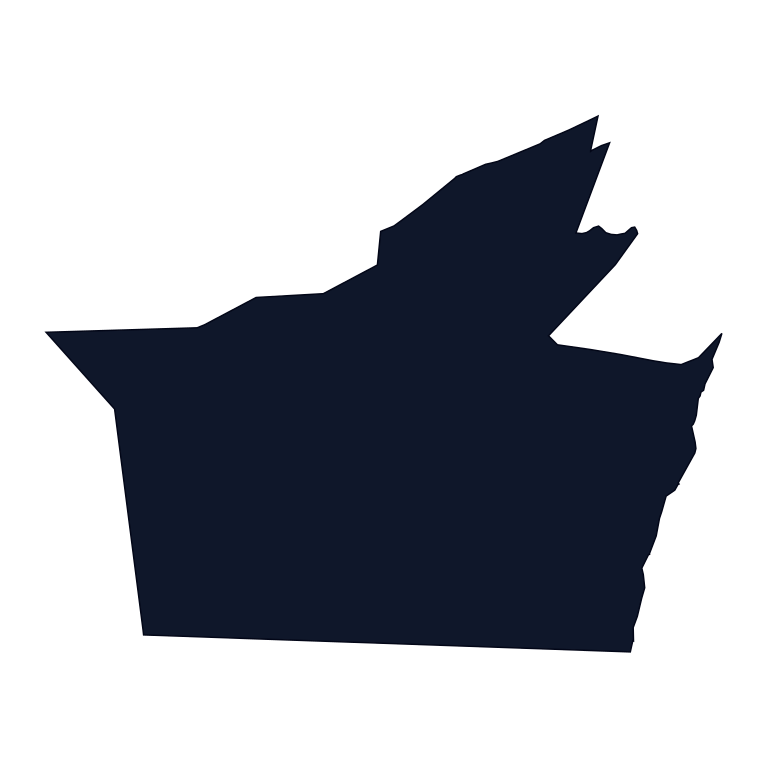 Mártires de Tacubaya, Oaxaca, Mexico (Mercator projection)
{"feature_id": "50627088B73077765096958", "entity_name": "Mártires de Tacubaya", "entity_type": "district", "adm_level": 2, "iso_a3": "MEX", "parent_name": "Mexico", "parent_adm1": "Oaxaca", "projection": "mercator", "projection_center": [-98.212, 16.55], "detail": "fine", "context": "isolated", "style": "filled", "palette": "ink", "viewbox_px": 768, "rotation_deg": 0, "n_neighbors": 0, "source": "geoboundaries", "source_scale": "gbopen_adm2", "svg_char_len": 1390}
<svg xmlns="http://www.w3.org/2000/svg" viewBox="0 0 768 768"><path d="M46.1,332.3L114.6,409.0L143.1,630.4L143.6,634.9L630.3,651.9L632.8,640.7L633.5,641.0L633.2,627.5L637.3,616.4L641.7,598.1L644.7,587.8L643.3,574.6L641.8,568.1L648.4,554.8L649.6,554.3L649.5,553.5L656.2,535.9L659.5,518.3L661.7,511.7L666.1,496.1L674.8,490.1L678.0,484.4L679.0,484.0L678.2,482.9L694.8,453.0L695.9,448.5L695.1,442.0L691.5,425.9L693.2,424.2L694.7,420.8L696.3,415.2L698.3,398.4L700.1,395.9L700.9,392.2L702.2,391.2L703.3,390.5L703.6,390.2L703.9,388.9L705.0,383.9L713.2,367.6L712.0,359.3L719.1,342.4L721.9,333.4L698.5,357.7L694.3,359.4L689.5,361.3L689.4,361.3L681.2,364.6L674.3,363.8L666.2,362.9L661.5,362.1L660.9,362.0L653.3,360.8L620.5,354.5L590.3,349.5L557.4,344.8L548.5,335.8L615.3,264.7L637.6,233.7L636.7,230.5L634.7,227.1L631.5,227.7L628.6,230.2L625.1,233.3L620.6,234.1L617.1,234.9L611.1,234.4L605.8,232.7L601.8,228.6L598.6,226.1L593.5,227.7L589.6,230.8L586.5,232.6L582.0,233.6L575.9,233.0L609.6,142.8L601.5,145.6L592.2,150.2L590.6,151.4L590.6,150.6L598.0,116.1L591.6,119.2L568.7,130.1L544.5,140.4L540.2,143.8L497.8,161.4L491.5,163.0L485.6,164.3L463.3,173.9L462.2,174.6L460.6,175.0L456.3,176.7L454.8,178.3L422.6,204.7L399.0,222.3L393.9,226.0L380.7,231.4L377.4,265.0L323.3,293.7L256.1,297.5L204.3,324.9L197.1,327.8L190.8,328.0L107.1,330.5L46.1,332.3Z" fill="#0f172a" stroke="#020617" stroke-width="1.5"/></svg>